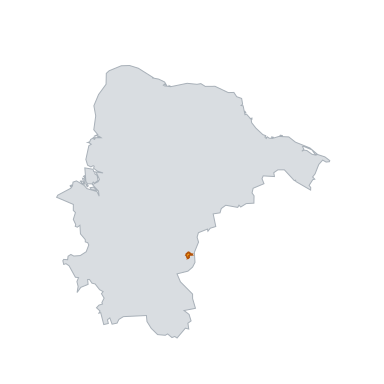 Seringueiras, Rondônia, Brazil shown in context, rotated 257°
{"feature_id": "56859067B10080877774160", "entity_name": "Seringueiras", "entity_type": "district", "adm_level": 2, "iso_a3": "BRA", "parent_name": "Brazil", "parent_adm1": "Rondônia", "projection": "orthographic", "projection_center": [-63.234, -11.893], "detail": "fine", "context": "in_parent", "style": "filled", "palette": "amber", "viewbox_px": 384, "rotation_deg": 257, "n_neighbors": 0, "source": "geoboundaries", "source_scale": "gbopen_adm2", "svg_char_len": 5153}
<svg xmlns="http://www.w3.org/2000/svg" viewBox="0 0 384 384"><g transform="rotate(257 192 192)"><path d="M104.5,79.3L108.4,82.5L113.3,80.9L114.9,83.0L117.6,80.0L124.2,76.9L125.7,74.0L129.9,72.4L130.2,70.6L125.4,70.0L124.1,62.2L119.9,57.4L125.6,59.8L130.6,59.7L134.1,62.2L135.2,59.2L147.8,55.6L150.5,53.1L150.3,50.7L154.1,50.7L155.2,51.8L154.0,55.6L157.3,56.8L158.4,59.9L156.2,62.4L155.2,68.8L157.6,75.5L163.6,79.5L166.1,79.0L167.4,76.8L169.6,77.3L176.3,73.9L184.8,75.3L183.5,72.4L184.8,70.5L186.5,71.4L192.0,70.2L198.2,73.8L200.8,72.2L206.6,73.6L217.3,58.9L219.1,60.5L222.9,74.7L224.8,76.9L228.4,78.3L228.8,81.9L222.7,88.4L218.9,90.4L213.8,99.5L208.8,100.6L214.0,101.1L221.6,96.7L223.1,102.8L225.1,104.7L233.0,103.0L230.6,109.6L233.7,104.4L237.3,101.5L239.1,102.5L239.9,101.6L239.2,99.1L241.6,96.3L247.6,95.9L260.3,101.9L261.2,104.6L263.0,102.9L266.0,105.1L266.7,107.4L265.2,108.8L265.8,109.7L267.4,108.3L267.8,109.7L266.3,111.1L265.3,115.7L267.3,113.9L268.8,110.6L269.1,113.1L274.7,110.3L287.8,115.3L298.1,115.8L308.0,122.9L316.3,132.5L326.9,135.2L328.8,138.6L330.9,151.5L329.3,159.6L324.7,167.5L312.1,180.0L312.2,178.8L309.5,184.9L305.4,190.0L303.7,190.6L302.6,188.1L301.5,189.2L299.4,194.9L299.0,211.7L295.8,221.1L295.6,225.0L291.9,228.7L289.8,238.2L280.7,249.7L279.6,255.2L274.8,257.0L272.0,261.4L266.2,261.1L265.2,259.3L264.5,261.2L255.4,261.0L255.6,262.6L249.4,266.0L246.1,265.7L239.9,268.6L232.0,273.9L230.3,276.5L229.2,275.4L228.6,276.6L227.0,276.0L228.9,277.7L227.0,279.4L226.1,282.4L226.6,289.1L223.9,298.7L217.3,304.0L208.4,316.8L200.8,322.5L200.9,320.5L206.1,318.3L211.2,311.2L211.4,309.9L208.5,310.6L207.0,308.2L207.6,310.5L206.6,313.2L201.8,317.4L200.1,320.8L200.3,322.8L196.3,329.4L191.6,333.3L190.6,332.7L191.0,329.4L193.7,326.5L190.3,321.7L182.0,316.0L179.5,312.9L176.9,314.5L176.8,312.4L172.1,307.6L169.6,308.7L167.2,308.0L178.9,295.5L180.2,295.6L180.0,294.3L192.8,287.0L194.3,280.7L192.4,276.0L188.5,275.8L191.7,265.0L189.2,263.2L183.9,264.0L181.9,252.4L177.6,250.3L174.3,251.6L167.2,249.8L168.5,242.2L166.4,236.1L168.6,234.8L166.7,233.1L171.5,221.9L169.3,216.8L165.4,214.6L165.9,207.7L153.0,207.4L152.6,201.6L150.2,198.7L152.4,198.7L150.9,189.1L146.8,186.8L141.7,187.1L132.6,180.7L122.8,179.1L118.7,175.7L115.8,170.3L115.6,159.0L107.1,160.5L92.4,169.6L88.0,168.6L77.9,169.2L78.3,157.6L73.4,161.6L66.6,162.1L65.1,158.5L59.2,158.0L60.8,154.9L53.1,144.6L55.1,142.7L54.7,139.7L59.2,136.3L58.4,133.7L60.8,126.4L68.3,121.6L75.9,119.0L81.9,119.8L86.0,97.1L84.3,92.1L81.1,89.5L81.2,84.4L87.8,83.6L86.6,80.9L82.7,80.9L82.7,76.2L95.0,75.9L94.9,74.0L96.7,75.6L100.7,72.9L102.7,75.9L103.0,79.6L104.5,79.3ZM226.3,91.0L239.6,93.0L236.4,100.7L234.0,100.8L233.5,102.1L231.6,101.4L229.4,103.3L224.4,103.0L222.6,99.0L223.9,98.0L222.4,96.5L223.5,92.0L226.3,91.0ZM214.9,100.0L217.0,94.4L219.1,93.7L218.9,97.2L214.9,100.0ZM230.0,88.4L228.7,90.4L225.7,89.8L226.1,88.5L230.0,88.4ZM225.4,85.9L224.9,90.1L223.6,89.6L225.4,85.9ZM232.1,91.2L230.2,91.4L229.3,91.0L231.7,89.8L232.1,91.2ZM223.4,91.0L221.4,92.3L220.6,91.5L222.0,90.3L223.4,91.0ZM227.0,87.4L226.1,86.4L227.7,85.6L227.8,86.5L227.0,87.4ZM225.9,76.2L224.8,76.3L224.5,74.8L225.6,74.7L225.9,76.2ZM226.5,293.1L226.4,291.7L227.3,290.5L227.5,290.9L226.5,293.1ZM250.5,265.5L250.5,267.1L249.4,266.7L250.5,265.5ZM227.1,283.4L226.7,282.6L227.6,281.8L227.8,282.1L227.1,283.4ZM267.0,112.9L266.2,114.5L267.1,112.2L267.0,112.9ZM303.0,190.8L301.7,191.2L302.6,190.0L303.0,190.8ZM258.5,261.8L257.2,262.3L257.0,262.0L257.9,261.3L258.5,261.8ZM300.7,193.7L300.1,194.5L299.9,193.9L300.7,193.7ZM263.7,101.5L263.8,102.4L263.4,102.2L263.7,101.5Z" fill="#d9dde1" stroke="#a8b0b8" stroke-width="1"/><path d="M128.9,174.6L130.4,174.6L130.3,174.8L130.3,175.0L130.5,175.1L130.6,175.3L130.8,175.4L131.0,175.5L131.1,175.8L131.2,176.0L131.0,176.3L131.0,176.5L130.9,176.6L130.9,176.8L130.9,177.0L130.7,177.2L130.7,177.3L130.7,177.6L130.6,177.8L130.6,178.0L130.7,177.9L130.8,177.9L130.8,178.0L131.0,178.0L131.0,177.9L131.1,178.0L131.2,177.9L131.2,178.0L131.2,177.9L131.3,178.0L131.3,177.9L131.4,177.7L131.5,177.6L131.8,177.5L131.9,177.4L132.0,177.4L132.0,177.5L132.0,177.4L132.1,177.2L132.2,176.9L132.2,176.7L132.2,176.4L132.3,176.3L132.3,176.2L132.5,176.1L132.7,175.9L132.8,175.9L133.0,175.7L132.9,175.7L133.0,175.6L133.3,175.5L133.4,175.4L133.5,175.4L133.8,175.4L133.8,175.5L133.9,175.4L134.0,175.4L134.1,175.2L134.2,174.9L134.1,174.6L134.0,174.4L133.9,174.4L133.9,174.5L133.9,174.4L133.7,174.4L133.6,174.2L133.4,174.1L133.2,173.9L133.2,174.0L133.1,173.7L133.1,173.4L133.1,173.2L133.3,173.0L133.3,172.9L133.2,172.8L133.1,172.7L132.9,172.5L132.7,172.6L132.6,172.4L132.4,172.4L132.2,172.4L132.2,172.5L132.2,172.4L132.2,172.2L131.9,172.1L131.8,171.9L131.7,172.0L131.4,172.0L131.2,172.1L131.0,172.3L130.9,172.3L130.6,172.4L130.4,172.4L130.2,172.4L130.1,172.5L129.9,172.5L129.7,172.5L129.6,172.4L129.4,172.5L129.2,172.7L129.2,172.8L128.9,172.9L128.7,172.9L128.4,172.9L128.4,173.0L128.3,172.9L128.3,173.0L128.2,173.0L128.2,173.3L128.3,173.4L128.3,173.5L128.5,173.6L128.8,173.7L129.0,173.7L129.1,173.8L129.1,174.0L128.9,174.1L128.7,174.2L128.7,174.3L128.8,174.5L128.9,174.6Z" fill="#f59e0b" stroke="#b45309" stroke-width="1.5"/></g></svg>